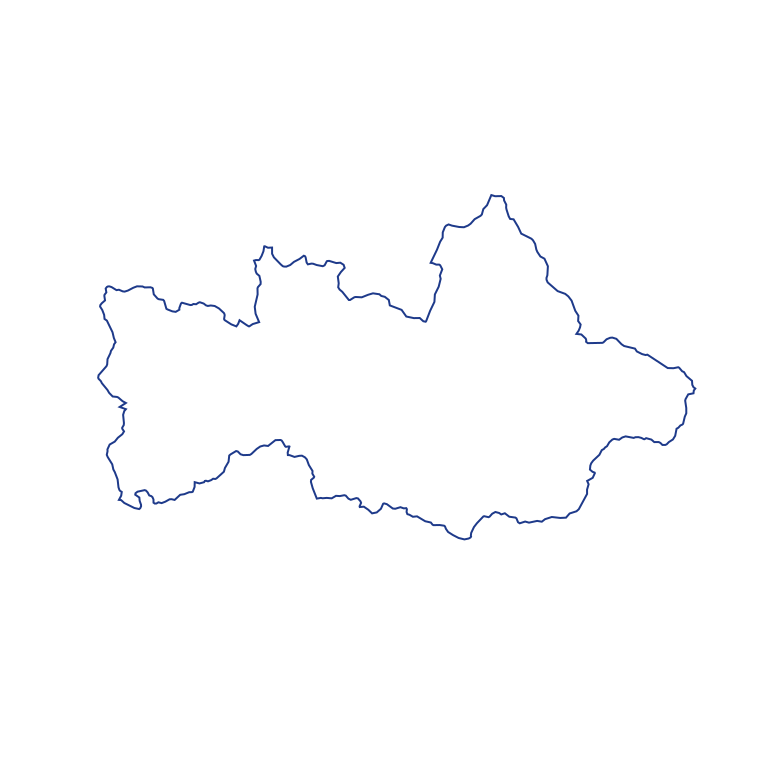 the district of Na Ri, Bắc Kạn, Vietnam, rotated 69°
{"feature_id": "81297802B30321615980530", "entity_name": "Na Ri", "entity_type": "district", "adm_level": 2, "iso_a3": "VNM", "parent_name": "Vietnam", "parent_adm1": "Bắc Kạn", "projection": "orthographic", "projection_center": [106.134, 22.162], "detail": "fine", "context": "isolated", "style": "outline", "palette": "blue", "viewbox_px": 768, "rotation_deg": 69, "n_neighbors": 0, "source": "geoboundaries", "source_scale": "gbopen_adm2", "svg_char_len": 6157}
<svg xmlns="http://www.w3.org/2000/svg" viewBox="0 0 768 768"><g transform="rotate(69 384 384)"><path d="M216.5,439.6L215.2,443.5L212.7,445.9L212.6,446.5L216.9,449.0L220.6,452.4L223.3,455.7L223.4,456.7L222.4,459.1L222.2,461.1L228.0,461.1L230.5,463.0L233.2,463.4L235.3,463.3L238.4,461.6L244.4,462.5L246.5,463.4L248.4,467.0L249.3,467.8L255.1,469.9L265.6,477.0L272.4,478.7L281.5,478.4L281.0,485.1L281.9,489.0L281.7,489.6L279.8,491.1L272.7,496.0L275.6,498.6L277.3,501.2L273.6,505.2L267.2,509.9L266.0,510.0L262.7,508.1L261.7,507.9L260.4,508.0L254.3,511.0L250.5,514.1L248.6,517.6L248.0,520.5L246.8,522.0L244.3,523.5L241.7,526.6L241.6,528.0L242.2,530.8L241.0,533.3L241.3,535.1L240.9,536.5L235.7,543.5L236.1,544.7L239.8,547.9L241.3,548.4L242.0,552.6L240.3,555.6L236.8,559.4L235.8,560.2L227.6,559.5L226.3,560.0L224.1,563.9L223.1,564.8L217.8,566.8L212.1,565.6L211.3,565.8L210.0,567.4L208.1,572.8L206.4,574.5L204.3,579.6L204.3,583.6L205.0,589.6L204.8,593.0L203.9,594.7L201.0,597.7L200.5,600.1L195.9,603.6L194.5,605.3L194.0,606.6L194.1,607.9L195.1,609.6L199.0,610.4L200.5,612.9L201.5,613.5L206.0,614.5L207.5,618.6L208.7,620.6L210.0,621.3L214.0,620.5L219.2,620.5L223.1,621.6L225.5,620.0L238.4,618.9L244.2,619.7L248.8,619.6L250.2,621.8L253.0,623.7L255.2,627.0L257.2,628.4L261.7,633.2L266.5,635.4L267.9,636.7L273.5,647.3L275.7,648.6L276.8,648.6L279.9,647.3L282.1,647.1L290.5,644.3L293.7,643.8L298.4,641.8L300.4,637.9L301.4,636.9L306.4,634.2L309.2,631.8L310.7,639.0L315.0,634.0L316.2,636.2L319.3,638.6L327.3,640.8L329.1,641.7L331.0,644.1L331.9,644.4L335.1,643.7L337.1,646.3L338.8,651.7L341.3,656.0L342.2,661.8L345.9,665.6L347.7,666.2L350.8,668.2L353.2,668.1L361.6,666.5L366.8,667.3L369.8,666.9L377.6,666.9L385.3,668.9L388.0,669.0L389.1,668.7L390.8,667.5L394.1,669.4L397.2,673.0L398.2,671.0L402.0,669.1L410.3,661.5L413.0,657.4L412.6,656.1L411.1,654.6L409.6,654.1L405.6,654.0L402.3,653.1L398.2,655.9L396.9,655.1L396.2,652.7L397.3,645.5L398.2,644.4L400.5,643.5L403.9,643.1L405.3,641.4L406.7,640.7L409.2,640.6L412.2,641.7L413.5,640.8L414.0,639.3L413.6,637.0L415.5,634.3L415.5,630.4L414.8,625.5L415.4,623.6L417.2,621.0L414.4,614.0L415.3,609.9L415.2,604.7L416.1,602.1L416.0,601.1L412.2,597.7L407.8,595.9L410.7,591.9L411.2,587.2L410.3,586.0L410.5,584.9L411.8,583.2L411.8,579.8L411.2,577.5L412.2,575.5L412.1,574.2L408.5,564.9L405.4,562.6L400.9,557.0L395.3,554.1L394.7,552.4L393.6,546.1L394.6,544.7L398.2,543.1L400.0,540.8L402.1,534.7L401.8,532.9L399.0,526.1L398.0,521.9L398.4,518.0L400.3,514.4L397.5,505.5L399.2,500.6L400.1,499.8L401.7,499.4L406.8,498.6L407.5,498.1L408.2,495.0L408.5,494.7L413.5,498.5L415.9,499.2L416.6,497.6L420.0,493.7L420.7,488.8L421.5,486.3L424.1,484.1L426.7,483.1L432.7,483.2L439.6,481.9L442.0,483.0L445.6,482.4L446.3,483.1L447.4,486.4L449.2,487.3L455.8,487.9L466.9,487.8L467.7,483.8L468.7,482.2L469.8,478.3L472.0,473.8L471.2,468.9L472.8,465.4L473.6,460.9L474.5,459.7L478.3,458.3L480.2,456.5L480.6,450.7L481.5,449.3L485.1,448.0L486.8,448.0L489.4,450.6L490.2,450.7L491.3,446.8L495.8,443.7L500.5,441.5L501.3,436.8L499.4,431.6L495.5,427.7L495.5,426.7L497.2,424.4L503.4,420.4L504.5,418.2L504.9,412.8L507.2,410.1L507.9,407.7L509.1,407.5L511.6,408.8L513.9,408.8L515.2,407.1L518.3,404.6L519.4,400.6L526.9,394.7L530.1,389.9L532.7,389.1L533.5,388.4L535.6,382.6L537.8,378.7L538.8,378.1L541.4,378.1L545.1,377.2L549.8,373.7L554.5,369.5L557.9,364.6L558.6,360.3L558.3,358.3L557.7,357.4L556.8,357.3L554.3,356.0L549.8,351.3L547.3,347.2L543.3,338.8L543.3,337.9L545.8,334.1L545.7,333.0L543.9,329.5L543.4,325.9L545.7,322.7L547.8,321.3L548.0,317.5L552.8,314.6L555.8,309.2L556.9,308.5L561.1,308.4L562.7,307.2L563.0,301.5L565.4,298.3L566.7,290.1L569.1,286.0L567.9,282.1L568.3,275.0L572.2,267.5L574.0,262.0L571.4,257.1L571.8,249.9L570.7,247.0L559.4,233.8L555.4,232.3L550.9,228.9L547.3,229.1L546.4,222.8L542.8,219.1L542.2,219.1L540.7,220.8L537.7,222.4L534.1,220.6L532.3,219.0L530.5,216.2L527.3,208.3L523.8,204.4L523.4,201.9L522.5,200.4L522.0,198.1L519.2,194.6L517.7,190.7L517.7,188.8L520.3,184.5L519.3,180.7L519.5,177.2L523.8,170.2L523.8,168.3L524.8,165.5L526.5,163.1L528.6,161.2L528.9,160.5L528.5,158.7L531.7,154.3L535.1,152.5L536.7,148.3L538.0,147.1L540.7,145.9L541.7,143.3L541.6,141.7L540.3,138.9L539.3,134.1L536.7,130.7L530.6,126.9L530.3,124.9L528.9,122.1L528.8,120.0L528.3,119.0L522.3,114.9L519.7,112.3L514.7,110.4L507.5,108.8L506.2,107.9L502.7,103.7L503.6,98.4L501.1,97.1L499.8,95.0L497.9,96.2L495.3,96.5L491.4,95.3L485.0,98.8L480.5,99.6L478.9,101.1L474.6,102.6L473.8,103.3L473.0,108.1L470.8,113.4L451.0,127.6L450.7,129.4L448.6,132.3L444.2,136.3L440.9,137.0L434.6,146.2L432.0,148.0L425.1,150.9L422.5,154.2L421.9,156.3L422.0,160.2L423.8,164.3L423.8,165.5L418.9,179.1L417.0,180.2L415.6,179.5L413.9,179.4L408.5,182.0L406.2,186.4L404.0,183.2L401.4,180.7L398.9,179.1L394.8,180.2L389.9,178.0L384.2,179.2L373.4,179.0L368.3,180.5L364.8,182.5L359.5,188.6L347.8,194.8L344.9,194.9L343.2,194.3L341.0,192.5L332.8,188.8L324.5,189.3L321.0,192.3L315.7,193.5L313.1,193.6L307.4,192.7L303.2,193.4L301.2,194.3L292.8,202.0L285.4,202.5L276.7,204.0L275.1,207.1L272.2,207.5L265.1,207.1L263.2,206.8L260.4,205.6L255.7,206.1L253.3,205.4L250.6,207.1L248.5,213.0L246.1,216.1L254.0,223.7L256.3,228.6L260.8,231.9L261.6,233.6L262.6,240.3L265.4,245.7L266.2,248.7L266.3,253.2L264.4,257.5L260.5,263.8L258.2,266.5L258.4,269.2L259.3,270.9L263.5,274.8L268.4,276.8L271.3,280.6L277.6,286.4L287.6,297.0L288.7,295.1L291.2,292.5L292.3,289.7L293.3,289.0L297.8,288.5L302.8,293.0L306.1,293.4L312.8,298.1L318.6,304.4L325.4,307.5L332.2,314.7L340.4,322.1L340.8,322.8L339.5,324.8L335.2,327.0L333.2,332.5L329.0,339.0L321.1,341.0L312.7,350.4L307.3,349.4L302.9,352.0L300.8,355.0L298.6,356.1L295.4,361.8L295.0,366.9L295.1,373.7L292.6,379.3L292.4,380.6L293.4,385.6L293.0,386.7L283.0,389.9L279.9,391.6L277.3,392.1L273.8,390.2L267.1,388.6L264.0,384.1L261.5,379.1L258.2,379.0L255.1,381.3L254.0,385.2L249.4,391.1L248.9,392.8L248.9,393.4L251.9,396.9L252.1,398.9L248.8,404.2L246.3,407.1L245.6,408.6L245.0,412.2L242.9,412.7L237.7,411.8L236.5,411.9L235.5,412.9L237.0,418.1L237.7,424.3L239.3,428.9L239.4,433.2L238.5,435.3L237.7,436.3L235.2,437.6L226.3,441.4L222.3,441.8L216.5,439.6Z" fill="none" stroke="#1e3a8a" stroke-width="2"/></g></svg>